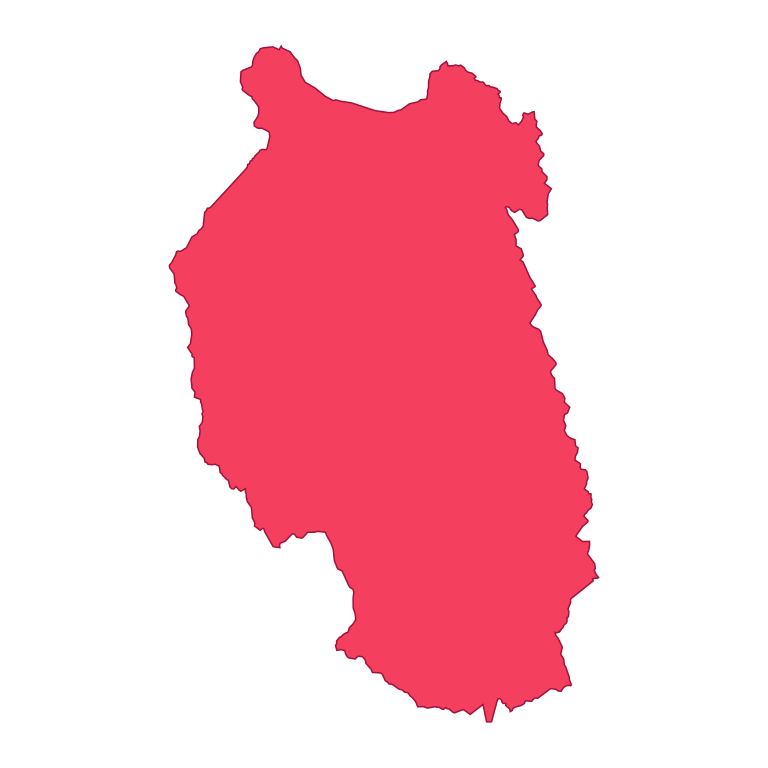 the district of KBang, Gia Lai, Vietnam
{"feature_id": "81297802B35293124334630", "entity_name": "KBang", "entity_type": "district", "adm_level": 2, "iso_a3": "VNM", "parent_name": "Vietnam", "parent_adm1": "Gia Lai", "projection": "albers", "projection_center": [108.483, 14.301], "detail": "fine", "context": "isolated", "style": "filled", "palette": "rose", "viewbox_px": 768, "rotation_deg": 0, "n_neighbors": 0, "source": "geoboundaries", "source_scale": "gbopen_adm2", "svg_char_len": 6057}
<svg xmlns="http://www.w3.org/2000/svg" viewBox="0 0 768 768"><path d="M598.6,577.5L596.0,574.2L594.3,570.3L595.3,568.5L594.6,563.6L587.7,554.3L587.6,552.6L588.7,550.6L589.6,544.8L589.5,541.4L582.4,541.5L576.0,536.5L576.0,535.8L582.6,526.4L587.8,521.9L587.9,520.5L584.0,516.2L584.6,514.4L586.6,512.7L588.0,510.4L590.8,508.2L592.4,504.7L591.3,501.3L591.8,499.5L590.9,497.5L591.1,494.0L588.6,493.7L588.1,491.5L584.3,489.1L586.6,483.9L586.6,481.6L588.1,478.3L586.8,471.3L585.3,469.8L580.9,469.2L580.2,467.6L580.4,463.7L574.9,460.0L575.4,456.2L577.3,452.8L578.1,447.8L576.1,446.4L575.5,445.1L574.9,439.7L570.5,438.2L568.6,436.9L566.9,435.4L564.4,430.8L565.8,425.5L563.5,420.3L564.5,414.6L567.5,413.0L569.7,407.2L564.3,402.2L564.9,398.1L562.4,393.6L556.3,390.1L555.0,388.5L554.5,378.4L552.0,375.7L550.5,372.0L551.1,370.5L556.0,364.7L555.9,362.8L552.8,358.8L548.1,354.7L547.2,350.4L543.3,341.9L540.7,331.5L538.6,329.2L534.0,327.3L532.1,325.9L529.8,323.2L535.4,314.6L537.6,310.0L540.8,306.2L541.2,304.7L536.8,297.9L536.0,295.6L531.6,289.4L531.7,288.7L535.1,286.6L535.2,285.9L530.0,277.6L523.0,261.9L520.0,259.9L523.2,256.2L523.3,254.9L521.2,248.8L516.0,245.9L516.1,239.8L514.3,234.5L517.6,232.3L518.4,230.8L518.2,229.5L512.1,219.3L508.3,215.0L506.8,209.8L505.3,207.3L506.8,206.7L509.1,207.4L511.8,210.9L514.7,212.4L519.4,209.3L521.8,209.8L526.4,217.3L529.1,218.4L532.4,218.2L538.3,221.0L540.1,220.6L547.7,214.6L547.2,207.8L547.6,204.2L547.0,202.6L548.2,193.8L551.4,188.7L544.4,183.3L546.9,179.8L546.9,176.6L542.0,171.8L541.7,168.6L539.1,166.5L538.1,164.8L539.2,160.3L543.5,155.9L543.9,154.6L543.5,153.5L540.7,151.1L539.5,146.3L536.0,141.9L536.4,140.5L538.2,138.6L539.1,136.1L541.8,134.9L542.2,133.7L540.4,130.7L536.4,127.1L536.2,125.0L536.9,121.3L534.8,119.0L534.2,111.8L532.6,111.9L528.2,114.3L524.7,113.0L523.5,113.1L522.8,115.4L523.5,117.1L521.6,121.2L518.4,124.9L515.8,122.7L512.8,123.6L511.2,123.0L508.8,120.9L506.9,116.8L502.8,113.0L499.6,108.3L500.0,103.1L501.5,98.6L500.9,97.7L499.3,97.7L499.1,95.4L497.9,94.2L500.0,92.5L500.1,91.2L498.2,90.5L497.1,88.6L492.5,87.1L490.4,87.0L489.0,85.5L486.1,85.7L483.1,82.1L479.7,82.0L478.0,80.8L475.2,80.1L474.2,78.3L475.8,77.1L475.8,76.4L472.0,73.2L467.5,71.9L465.0,69.6L464.7,68.2L460.7,65.1L458.9,65.8L455.5,65.0L452.1,65.9L447.9,65.8L447.7,64.0L446.3,61.4L441.4,64.9L440.0,66.8L439.9,68.8L438.3,70.7L432.4,71.2L430.0,73.6L429.9,76.6L428.6,81.2L428.5,87.7L427.5,91.1L427.6,94.1L426.9,97.9L426.1,99.2L420.9,99.7L417.8,101.9L409.5,103.8L400.8,110.0L398.1,110.4L394.0,112.4L388.5,112.6L375.0,110.6L351.1,102.8L340.4,101.2L336.2,99.9L332.9,100.5L325.0,96.1L315.0,88.0L305.3,82.4L301.1,75.3L300.3,68.2L297.5,60.7L294.2,57.5L290.2,51.8L282.2,48.2L281.2,46.1L279.1,49.7L273.0,46.9L263.9,47.7L260.3,48.7L258.6,51.9L256.6,53.2L254.1,57.3L252.7,61.8L252.5,65.2L251.6,66.8L242.7,70.4L241.0,71.8L240.4,81.8L242.8,87.4L242.1,89.1L242.5,90.2L249.7,95.7L251.9,96.5L252.3,98.8L254.0,100.3L258.6,106.8L258.7,113.3L257.8,116.4L254.0,122.5L254.3,125.9L256.9,127.7L258.5,128.3L262.0,128.2L269.1,131.9L269.8,136.6L267.1,148.5L266.0,149.7L262.3,149.4L260.0,150.3L259.2,151.9L254.8,156.0L254.0,158.1L252.4,158.6L252.0,160.4L250.2,161.1L249.5,163.7L247.7,164.5L247.2,167.4L244.6,170.4L210.9,207.0L209.1,208.1L207.3,208.2L206.4,210.5L204.7,212.3L203.2,226.1L200.9,229.2L198.9,230.4L197.1,233.9L191.9,237.0L186.5,247.7L180.6,251.3L177.7,251.1L176.5,251.7L175.7,255.0L171.5,262.8L169.4,265.3L169.6,267.8L174.2,274.1L174.8,282.8L176.0,285.0L176.8,288.2L175.6,289.9L175.8,291.2L180.1,294.5L183.8,296.4L189.4,305.9L185.8,310.9L185.7,312.1L186.5,316.3L187.9,318.3L188.6,324.6L191.3,328.8L191.8,334.3L190.4,343.6L187.6,347.5L192.0,354.0L192.0,356.4L194.2,357.8L194.4,368.5L192.5,372.1L191.1,378.9L192.0,388.3L195.0,392.1L194.4,397.2L200.0,399.2L200.7,400.0L200.6,401.9L201.7,404.4L202.4,409.6L203.2,411.3L202.0,413.8L202.8,416.9L202.3,422.4L199.3,426.4L200.1,431.1L199.4,436.6L197.8,439.5L197.6,447.1L200.1,453.7L204.3,458.3L204.9,461.8L207.0,462.9L208.0,464.3L212.4,464.7L214.9,464.2L219.2,466.0L220.2,472.6L222.0,473.7L222.5,475.3L226.8,479.6L228.3,480.1L229.9,486.8L231.6,488.7L233.8,489.0L236.2,486.5L238.9,490.0L240.9,491.2L245.4,488.7L245.4,491.8L246.3,494.0L246.2,496.6L247.3,501.6L251.4,507.4L252.4,518.2L254.8,522.6L254.5,526.0L260.2,530.3L262.4,528.4L263.8,528.7L264.9,532.1L273.2,546.7L279.9,547.7L279.6,544.9L280.2,543.2L285.1,541.3L292.6,533.5L294.6,534.3L296.6,537.2L301.3,538.1L302.7,537.8L307.8,532.2L314.0,532.3L317.7,531.4L325.5,532.2L326.5,535.3L330.8,542.8L333.2,549.0L334.4,560.7L337.1,567.7L338.0,569.1L342.1,570.9L348.7,585.5L350.1,587.5L353.1,589.4L353.8,592.2L353.1,598.1L353.2,608.1L355.0,613.1L355.8,619.3L352.9,624.2L349.5,627.4L347.8,632.5L345.6,633.0L343.0,634.7L341.5,636.4L339.4,637.4L336.7,640.8L336.5,644.3L335.5,645.3L336.8,650.3L341.5,649.7L344.7,650.6L345.7,654.2L347.5,657.0L349.0,657.9L355.1,659.0L358.0,656.2L362.6,656.7L365.3,660.1L365.9,663.3L371.0,669.2L372.5,672.5L379.7,672.8L381.4,673.4L382.6,674.7L385.2,680.7L388.1,682.5L388.6,683.7L392.7,684.6L398.4,688.8L402.8,690.2L404.4,692.1L408.0,692.8L409.9,695.7L412.7,698.0L415.7,701.7L417.7,706.8L423.4,706.6L427.3,708.1L436.0,706.6L436.8,707.3L439.0,707.2L442.4,709.3L443.7,709.2L445.7,707.5L447.0,708.7L449.1,709.0L452.8,712.2L454.5,712.9L463.2,709.5L470.2,714.4L483.0,704.5L486.6,721.9L491.5,721.8L497.5,699.6L498.2,698.9L499.5,698.6L501.6,699.9L501.8,701.7L503.1,703.4L505.7,703.4L505.7,705.5L509.7,708.9L510.2,711.6L512.3,710.5L512.8,708.7L515.0,707.1L520.8,705.6L524.4,703.5L525.4,700.8L531.7,701.3L534.0,698.4L535.6,697.9L537.7,698.3L550.4,688.7L555.8,689.2L558.2,691.0L561.2,691.2L563.4,687.7L566.1,685.8L569.5,685.3L570.3,685.8L571.4,684.8L569.5,680.0L569.2,677.1L566.0,667.6L564.3,664.5L563.7,659.1L560.7,654.1L562.3,647.2L558.3,638.6L555.7,635.2L555.0,632.4L556.6,632.8L559.3,632.0L559.3,631.2L560.0,631.4L561.6,628.6L562.6,628.1L564.1,624.9L566.1,623.3L567.0,621.6L567.0,617.7L568.5,616.6L568.9,611.7L568.0,608.9L570.6,602.6L570.6,599.0L593.2,580.9L592.6,578.5L597.6,578.1L598.6,577.5Z" fill="#f43f5e" stroke="#9f1239" stroke-width="1.5"/></svg>